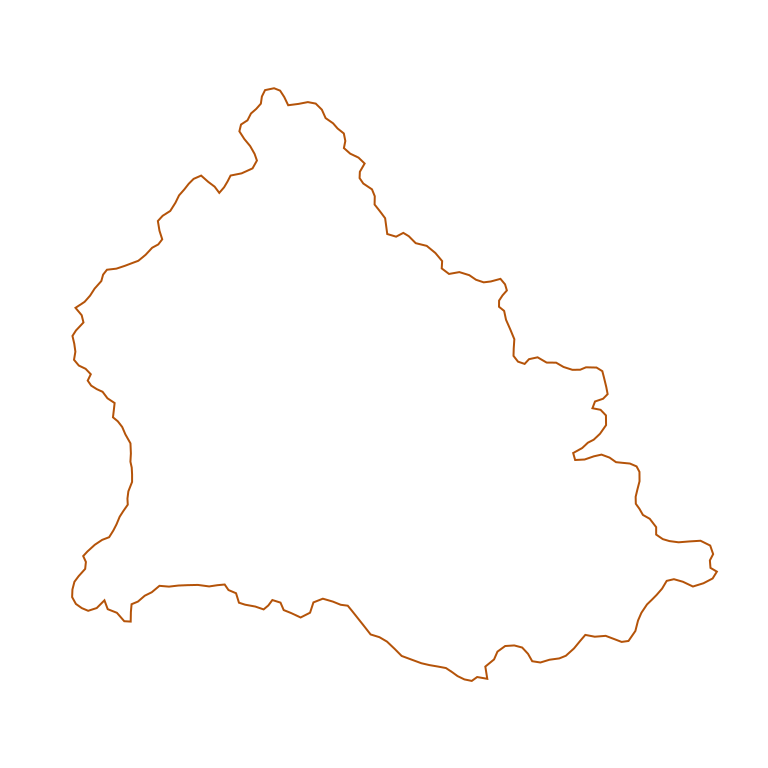 the district of São Sebastião do Maranhão, Minas Gerais, Brazil, rotated 87°
{"feature_id": "56859067B30691508843220", "entity_name": "São Sebastião do Maranhão", "entity_type": "district", "adm_level": 2, "iso_a3": "BRA", "parent_name": "Brazil", "parent_adm1": "Minas Gerais", "projection": "orthographic", "projection_center": [-42.542, -18.046], "detail": "fine", "context": "isolated", "style": "outline", "palette": "amber", "viewbox_px": 768, "rotation_deg": 87, "n_neighbors": 0, "source": "geoboundaries", "source_scale": "gbopen_adm2", "svg_char_len": 3625}
<svg xmlns="http://www.w3.org/2000/svg" viewBox="0 0 768 768"><g transform="rotate(87 384 384)"><path d="M541.2,119.7L532.5,125.7L528.3,132.3L522.1,135.4L516.8,138.8L509.8,138.6L502.4,136.4L494.5,133.9L485.1,133.5L479.5,136.1L476.3,142.6L475.2,150.0L474.2,156.4L469.3,162.6L465.9,170.5L467.2,178.2L469.9,187.6L469.9,197.1L462.8,198.7L458.3,189.4L453.3,183.5L450.6,177.5L445.0,170.9L436.7,164.4L427.0,164.0L421.1,169.1L419.1,177.1L412.5,174.2L410.2,166.0L405.8,161.2L398.6,162.2L389.0,164.0L382.6,165.3L378.7,170.9L377.9,181.4L380.0,187.3L379.7,195.1L376.4,203.8L371.7,211.0L371.1,220.5L365.4,229.2L366.8,237.9L371.3,242.5L368.7,249.0L362.7,253.2L355.4,252.6L346.1,251.5L336.2,255.0L326.2,258.8L317.3,260.2L312.9,265.1L306.7,264.7L301.7,261.0L297.0,256.4L290.8,257.9L285.1,262.2L287.2,272.0L287.7,279.1L284.7,286.7L279.8,293.1L276.2,302.9L277.5,313.3L271.6,320.3L264.3,319.5L255.9,325.8L248.3,334.1L245.0,345.0L237.7,351.5L234.1,356.8L237.5,364.2L234.4,372.9L218.5,374.2L210.9,379.3L204.3,384.0L196.0,383.4L189.0,385.8L182.7,394.2L177.1,397.6L170.8,397.0L162.8,391.8L156.6,397.6L152.2,405.7L146.3,411.7L139.3,409.9L131.7,411.0L126.4,417.0L121.0,421.2L115.4,428.4L106.8,431.7L100.4,437.5L98.5,445.3L99.8,454.6L100.6,465.1L92.2,468.6L85.6,472.4L82.9,478.3L84.3,487.4L90.5,490.9L97.6,492.3L102.6,497.2L106.9,502.7L113.5,506.5L117.4,513.2L124.1,515.2L132.0,510.7L139.4,505.2L147.4,501.2L154.2,499.2L161.8,504.0L166.2,515.2L167.8,526.3L173.5,529.6L179.2,533.4L184.5,538.5L178.1,542.8L172.9,549.0L166.3,555.7L169.2,563.4L173.9,568.6L179.2,573.2L184.9,578.8L192.1,582.8L200.0,588.4L204.4,596.2L209.4,601.3L219.2,600.2L227.9,597.9L232.8,602.1L235.8,608.4L242.5,615.3L248.1,622.9L250.1,629.3L252.4,636.5L254.8,645.2L255.4,654.7L260.1,658.8L266.4,660.9L273.6,668.0L280.4,672.9L286.3,678.7L291.8,688.1L299.5,682.3L306.8,680.9L314.4,688.8L319.7,692.6L327.6,691.2L335.6,690.5L343.6,692.3L349.6,687.8L353.2,681.2L358.9,676.3L365.1,679.7L370.3,676.5L374.1,671.1L377.1,665.4L383.8,660.9L388.9,654.0L396.7,655.3L403.1,656.4L407.3,651.8L413.2,647.7L420.8,644.9L430.0,640.3L440.1,640.4L448.3,641.3L454.3,640.3L461.2,640.3L468.6,640.7L477.8,644.9L485.0,646.2L491.1,646.2L497.4,651.1L502.7,654.9L510.2,658.5L516.2,662.0L522.6,666.5L524.9,673.6L529.4,681.2L535.7,688.9L540.1,693.4L546.1,691.0L553.0,692.1L559.9,699.0L565.3,703.5L572.9,705.9L580.5,706.6L587.5,703.2L592.0,697.5L595.0,691.3L592.7,682.6L585.4,674.5L594.4,671.7L598.5,662.7L607.3,655.8L608.0,649.4L598.4,648.7L590.7,647.6L588.4,641.1L582.9,634.0L579.8,626.8L573.8,618.8L575.1,609.3L574.5,599.9L574.6,590.8L574.9,580.4L577.0,569.2L576.2,560.9L575.9,553.6L581.6,550.1L585.2,542.7L594.8,540.3L597.1,534.3L599.5,524.2L602.8,516.0L599.1,511.1L593.9,506.8L596.9,498.8L604.5,496.0L607.7,489.1L612.8,479.5L608.5,469.8L598.4,465.9L595.2,456.3L598.6,446.5L602.2,438.8L603.5,431.8L608.8,427.9L615.4,423.2L624.4,416.8L633.4,410.5L636.6,401.8L641.4,394.5L649.0,387.3L656.5,380.6L660.9,370.4L664.8,361.3L667.1,353.3L668.9,345.3L670.9,337.0L675.5,330.8L679.5,325.9L683.2,319.2L685.1,311.9L681.5,306.3L683.8,296.3L671.5,297.6L664.8,288.5L657.2,284.7L652.0,276.7L651.9,267.6L654.4,259.8L661.0,254.3L668.6,250.5L670.3,242.4L668.0,233.1L667.2,223.3L664.9,216.6L658.0,208.1L651.0,201.7L645.1,196.1L647.4,186.7L647.1,175.8L651.1,166.7L654.0,160.2L653.4,153.3L643.8,145.9L633.5,142.7L625.9,138.9L617.9,132.9L613.2,127.5L608.9,122.8L602.9,117.0L595.4,112.0L594.1,104.7L597.1,95.9L602.4,86.1L599.7,75.4L595.4,66.0L588.8,61.4L584.7,67.6L577.2,67.8L571.1,64.2L562.4,66.7L557.1,76.1L557.2,87.3L557.5,98.1L555.8,107.2L553.5,113.7L548.6,120.1L541.2,119.7Z" fill="none" stroke="#b45309" stroke-width="2"/></g></svg>